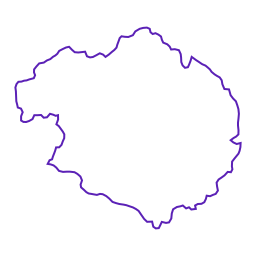 Ilicínea, Minas Gerais, Brazil (Natural Earth projection)
{"feature_id": "56859067B59250677918244", "entity_name": "Ilicínea", "entity_type": "district", "adm_level": 2, "iso_a3": "BRA", "parent_name": "Brazil", "parent_adm1": "Minas Gerais", "projection": "natural_earth1", "projection_center": [-45.811, -20.936], "detail": "fine", "context": "isolated", "style": "outline", "palette": "violet", "viewbox_px": 256, "rotation_deg": 0, "n_neighbors": 0, "source": "geoboundaries", "source_scale": "gbopen_adm2", "svg_char_len": 2608}
<svg xmlns="http://www.w3.org/2000/svg" viewBox="0 0 256 256"><path d="M229.0,89.4L224.4,89.0L222.4,84.3L221.7,80.3L219.7,77.4L216.8,75.8L214.5,74.3L211.6,71.9L209.9,69.4L207.9,67.6L205.5,65.6L202.2,64.2L198.7,61.8L196.2,60.2L193.9,58.5L191.7,56.9L190.5,61.0L189.1,64.6L187.9,67.2L185.0,67.8L182.6,65.4L181.3,62.1L181.1,57.6L180.7,54.1L178.9,50.2L174.8,49.2L171.1,49.5L169.7,46.6L167.3,44.3L163.2,42.6L161.9,39.8L161.0,36.5L158.4,34.6L155.5,33.2L152.7,34.0L150.5,32.2L149.7,28.8L146.9,27.6L143.2,27.9L139.7,28.8L135.3,31.4L132.9,35.2L128.3,37.0L124.8,36.8L121.5,36.3L119.7,38.1L118.6,41.2L117.3,44.7L116.5,47.6L114.3,50.0L111.9,51.9L108.8,54.6L105.5,56.9L103.1,54.6L99.8,53.3L96.0,55.4L92.9,57.0L90.0,57.4L87.0,56.3L85.1,51.7L81.8,52.1L78.3,52.5L74.7,52.2L72.0,49.8L69.1,46.8L66.0,47.5L62.6,49.1L59.2,50.9L57.3,53.8L55.3,55.5L53.0,56.8L50.3,59.1L47.0,60.4L43.8,62.6L39.2,63.4L36.4,66.5L34.1,69.4L34.0,72.4L35.1,75.2L33.8,78.2L29.3,79.4L26.6,80.4L24.0,80.7L21.5,81.6L18.4,81.8L16.5,84.1L15.4,87.5L15.9,91.3L16.1,96.2L16.3,101.2L17.1,104.3L17.8,107.5L21.0,108.6L22.7,112.2L21.1,116.2L21.1,120.5L23.4,121.9L26.1,122.0L29.1,121.0L32.5,119.1L34.3,115.2L37.5,115.2L41.1,115.0L43.7,117.7L47.0,117.3L50.0,113.8L53.2,114.7L55.7,115.8L58.0,115.2L58.1,119.5L56.4,124.3L58.8,126.1L60.7,128.7L62.8,131.6L64.3,134.3L64.2,138.2L62.8,141.3L61.5,144.9L59.2,147.3L56.1,147.4L55.2,150.6L54.2,153.3L52.9,156.6L52.1,159.3L49.6,160.2L47.7,163.9L50.7,164.4L53.6,165.4L56.3,167.6L59.0,170.9L63.0,171.9L66.4,171.7L70.1,171.7L74.5,172.2L77.4,173.9L80.4,176.5L82.0,180.4L80.6,184.6L81.1,187.4L83.9,189.8L86.4,192.2L88.7,193.5L91.3,193.9L94.0,194.4L96.9,194.9L100.0,193.9L102.7,194.2L106.3,196.1L109.2,198.5L112.5,201.9L116.0,203.1L119.3,204.0L123.5,204.6L126.4,205.2L129.3,206.2L132.9,207.4L135.9,209.0L138.6,210.9L141.6,215.3L144.1,218.9L147.1,221.8L152.1,221.6L153.3,226.7L155.8,228.4L158.8,228.1L160.1,225.5L161.8,221.9L166.0,222.9L169.0,222.4L171.3,218.5L171.8,213.4L173.1,209.3L176.9,207.0L180.4,206.3L182.8,205.5L186.1,208.4L189.0,207.3L191.3,209.5L195.8,208.9L195.1,205.5L197.8,204.0L201.5,203.8L204.3,202.2L205.9,198.9L206.7,195.7L210.1,196.2L212.9,194.9L215.7,193.9L217.9,190.6L217.1,186.6L216.6,182.6L218.6,179.5L221.3,177.7L224.5,175.4L227.7,171.9L230.9,172.2L232.4,169.3L231.9,166.4L232.1,161.6L234.5,158.5L236.3,156.3L238.5,153.6L239.6,150.8L240.4,147.1L240.6,143.0L236.7,144.0L233.3,142.4L230.7,140.2L233.6,138.0L236.1,136.6L238.4,134.4L238.5,130.3L238.0,125.5L238.0,122.6L238.5,118.4L238.9,113.8L238.4,109.0L237.3,105.3L235.9,101.3L233.1,98.5L230.6,95.2L229.0,89.4Z" fill="none" stroke="#5b21b6" stroke-width="2"/></svg>